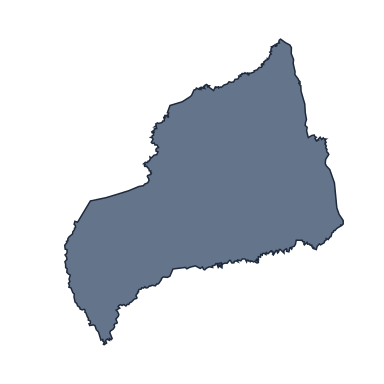 outline of Sak Lek, Phichit, Thailand, rotated 346°
{"feature_id": "78962969B74597047667398", "entity_name": "Sak Lek", "entity_type": "district", "adm_level": 2, "iso_a3": "THA", "parent_name": "Thailand", "parent_adm1": "Phichit", "projection": "albers", "projection_center": [100.505, 16.509], "detail": "fine", "context": "isolated", "style": "filled", "palette": "slate", "viewbox_px": 384, "rotation_deg": 346, "n_neighbors": 0, "source": "geoboundaries", "source_scale": "gbopen_adm2", "svg_char_len": 5972}
<svg xmlns="http://www.w3.org/2000/svg" viewBox="0 0 384 384"><g transform="rotate(346 192 192)"><path d="M91.2,176.1L73.7,193.6L71.3,192.1L69.8,194.8L70.7,196.2L70.4,198.3L69.2,198.7L68.9,200.1L66.8,201.7L65.9,203.8L61.6,205.9L60.1,207.5L59.9,209.2L58.3,209.5L58.5,210.7L55.6,212.9L55.1,216.8L56.7,217.6L56.3,220.1L55.3,221.6L53.6,222.3L54.5,224.7L54.4,227.1L51.8,228.9L51.9,231.3L51.1,234.9L52.3,236.1L51.1,239.6L52.3,241.7L53.8,243.2L51.6,246.8L51.8,249.5L50.1,250.6L50.5,252.6L49.5,254.6L51.3,255.7L52.0,260.8L53.1,262.5L52.1,265.2L51.9,270.5L53.2,272.3L53.4,274.8L55.1,276.7L55.1,278.5L56.9,279.8L59.1,279.8L59.7,281.0L59.0,282.7L59.8,283.6L60.3,288.1L60.9,289.0L60.4,291.3L61.8,292.1L62.1,293.4L61.4,295.0L60.2,294.9L60.4,296.8L64.2,297.1L65.5,298.2L65.8,302.2L67.4,305.3L67.8,313.7L69.7,313.5L69.5,315.4L70.7,316.5L69.2,318.3L69.8,318.9L72.6,317.9L72.2,315.4L73.1,314.6L74.6,314.2L74.6,314.9L76.1,316.0L76.5,314.3L77.9,315.7L79.1,314.9L78.2,308.6L79.3,307.1L82.5,305.9L84.3,304.1L84.3,302.0L85.9,301.0L87.3,301.3L87.9,300.5L87.4,296.9L90.5,294.7L91.4,293.1L90.8,290.0L89.8,288.3L93.8,287.2L92.6,285.3L93.9,284.4L95.3,284.0L96.7,285.2L98.4,284.6L100.3,286.6L102.0,285.3L103.4,285.8L104.8,284.4L106.7,284.0L110.2,281.9L112.6,281.9L113.1,281.0L112.5,279.3L113.2,278.0L114.8,277.1L115.0,276.0L116.0,276.0L116.2,274.6L117.0,273.8L119.3,273.9L120.0,272.8L121.8,273.5L123.3,272.6L124.2,274.0L125.8,274.1L128.0,272.9L129.1,273.3L130.6,272.8L133.8,274.2L135.5,272.7L136.5,273.1L137.7,272.6L141.2,269.5L141.4,268.6L143.6,267.5L147.5,268.9L150.2,268.3L154.9,262.1L167.3,263.6L168.4,265.3L171.9,264.5L177.4,264.5L181.5,268.2L183.9,267.3L184.6,270.0L185.6,270.6L187.4,269.4L190.7,268.8L193.8,270.2L193.7,268.7L196.7,268.5L197.9,267.2L199.7,267.7L198.8,268.5L199.2,271.5L200.1,270.8L201.1,267.8L203.3,267.8L203.4,268.4L201.1,270.9L202.7,272.8L203.6,270.0L204.5,269.2L207.1,269.0L208.8,269.7L211.9,267.4L212.8,267.7L213.3,270.3L214.1,270.7L215.7,270.8L216.1,269.7L216.8,269.5L218.3,269.6L219.7,270.8L219.3,269.5L219.8,269.0L222.7,270.6L224.5,269.2L226.6,269.5L227.4,270.1L228.1,273.0L229.1,271.4L230.0,271.8L230.3,272.7L231.8,272.9L231.8,273.8L233.1,273.4L235.0,274.8L235.9,274.4L237.4,276.3L238.6,276.7L239.4,276.4L239.5,275.4L237.6,273.7L238.6,272.8L240.1,273.9L240.7,270.8L242.7,271.8L243.5,269.3L244.9,270.3L245.5,268.7L247.2,269.0L248.6,270.6L249.6,268.1L249.7,269.9L251.1,270.2L254.5,268.2L255.2,268.4L254.8,269.3L256.4,270.2L255.1,271.9L255.7,272.8L259.5,269.0L261.1,269.9L260.1,270.8L260.3,271.9L261.4,271.2L262.9,268.9L263.6,269.0L266.5,273.5L267.0,271.0L269.9,269.9L270.1,271.0L269.4,272.4L271.5,273.5L273.5,269.8L274.2,269.9L274.9,271.5L275.4,270.9L275.0,269.7L278.1,269.4L279.7,267.8L281.5,264.0L287.4,265.6L287.3,266.9L288.8,267.6L287.9,269.5L288.2,270.5L291.4,268.7L291.5,270.6L293.5,270.9L293.8,272.3L295.4,272.6L295.1,274.1L297.3,275.8L295.7,275.5L295.7,276.0L298.7,277.9L300.2,275.1L303.0,273.2L303.9,274.4L308.0,273.2L308.8,271.7L310.2,271.3L311.0,269.6L312.6,271.1L315.3,268.9L316.1,268.9L318.1,265.3L319.5,265.1L320.3,263.7L321.4,264.0L323.8,262.3L328.4,260.9L328.4,260.2L329.2,260.7L331.0,259.6L331.8,256.2L329.3,249.3L328.7,242.4L332.4,217.6L331.1,203.6L328.6,199.1L328.2,196.6L329.6,192.6L333.8,188.7L333.6,187.3L332.7,186.2L332.7,183.6L333.3,183.3L332.4,181.3L333.5,179.8L333.0,178.9L333.2,177.6L332.7,177.5L333.2,176.3L334.1,176.2L333.5,174.1L334.3,173.6L333.7,173.0L334.5,172.9L333.0,172.3L332.4,171.2L330.5,172.4L329.6,169.8L327.1,171.4L327.2,172.2L326.1,171.9L325.8,172.6L325.0,172.6L324.3,169.9L325.8,169.0L324.6,168.0L324.4,166.3L322.1,166.1L318.0,167.3L318.0,160.3L319.4,157.1L317.9,154.8L318.9,152.1L320.6,149.5L321.1,142.5L322.7,133.9L322.2,120.7L323.3,115.1L322.5,114.2L323.0,113.1L322.2,113.0L321.9,112.3L322.6,111.3L323.2,112.0L323.5,111.0L322.4,109.3L322.5,108.4L320.2,102.9L321.1,100.3L321.3,91.7L322.6,88.1L321.8,81.7L323.4,76.0L322.5,73.0L318.9,69.8L314.9,65.1L313.4,65.8L312.5,67.4L312.8,68.5L310.3,68.6L309.6,69.4L309.9,70.3L309.1,70.9L308.4,70.8L308.2,69.2L307.2,70.0L306.4,69.7L306.0,70.3L304.2,70.3L304.7,71.2L303.7,71.5L302.8,73.6L303.3,74.5L301.3,75.1L302.3,77.3L300.9,77.7L298.5,81.3L297.3,80.6L297.1,81.9L295.0,82.0L294.8,82.6L293.2,83.1L293.3,84.0L292.1,84.4L292.3,85.6L291.7,85.5L291.4,84.7L290.4,84.7L289.9,85.5L290.6,86.7L289.6,87.8L287.2,87.4L284.8,89.2L281.6,89.4L281.7,90.2L281.0,90.7L276.9,90.9L276.1,90.4L275.8,91.2L275.4,90.3L275.6,91.4L274.9,91.9L274.4,89.9L273.3,90.3L272.2,89.1L271.7,89.7L269.2,89.2L269.2,89.9L267.1,90.1L267.3,91.4L265.4,90.8L265.4,92.0L263.7,93.5L261.0,93.1L259.1,95.2L256.8,95.2L254.6,94.0L252.5,95.7L249.0,95.9L245.7,97.6L244.7,96.9L243.0,97.5L243.0,96.3L240.6,96.5L240.8,95.9L240.1,95.6L237.5,98.8L234.1,94.7L233.9,93.6L234.6,93.1L233.1,92.6L233.1,93.8L232.6,93.8L232.6,91.6L232.0,91.1L230.2,91.7L228.9,94.0L229.2,94.5L228.5,94.2L228.7,92.6L226.8,93.8L226.3,92.8L225.4,94.7L224.7,93.9L225.0,92.9L224.2,93.0L223.6,94.1L221.4,92.2L220.4,93.4L218.6,93.5L215.0,98.1L213.5,99.0L204.3,102.1L191.6,102.7L187.3,109.1L188.4,109.8L187.5,110.8L187.3,113.5L186.3,113.2L186.0,111.5L184.2,111.2L183.8,113.5L183.3,113.4L183.4,112.2L182.5,113.0L182.8,114.3L182.4,116.2L180.7,116.1L180.0,117.1L178.6,117.4L176.1,117.3L175.2,116.6L173.3,117.2L173.5,118.7L171.4,119.7L173.1,120.0L173.1,121.9L170.8,121.6L170.7,122.6L167.5,123.9L167.7,124.8L169.0,124.3L169.8,124.8L168.6,125.9L168.4,127.6L166.9,127.9L166.6,128.9L165.2,129.0L166.7,130.2L167.0,131.4L164.5,134.0L165.2,135.2L167.2,135.4L167.4,137.5L169.3,137.7L170.3,140.8L168.4,141.0L167.3,141.9L167.0,143.7L168.7,144.7L166.9,147.2L164.1,147.1L160.8,149.1L159.7,147.9L159.6,149.7L158.2,151.4L156.7,151.5L156.1,152.7L154.0,151.9L151.9,153.0L153.3,153.8L152.2,154.9L152.3,155.7L154.5,156.2L154.6,157.5L155.7,158.6L155.7,161.1L157.1,161.6L156.4,163.3L157.2,163.8L156.4,164.9L152.9,165.3L152.4,166.2L153.2,168.7L153.0,170.6L151.1,172.4L147.9,172.9L146.4,174.1L141.8,173.8L130.3,175.5L107.3,176.7L91.2,176.1Z" fill="#64748b" stroke="#1e293b" stroke-width="1.5"/></g></svg>